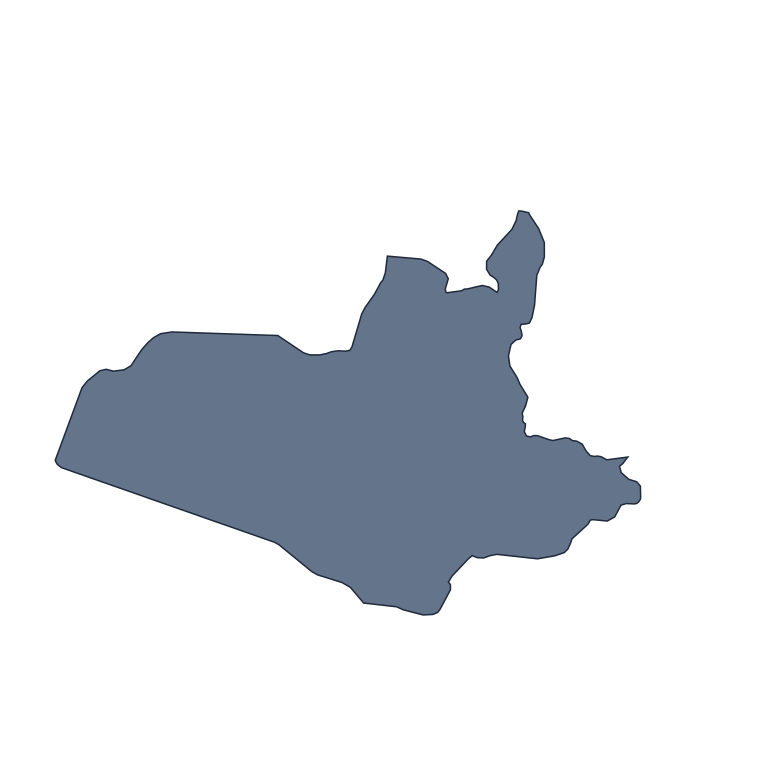 the Province of Esfahan, rotated 201°
{"feature_id": "IRN-3211", "entity_name": "Esfahan", "entity_type": "Province", "adm_level": 1, "iso_a3": "IRN", "parent_name": "Iran", "parent_adm1": "", "projection": "mercator", "projection_center": [51.611, 32.657], "detail": "fine", "context": "isolated", "style": "filled", "palette": "slate", "viewbox_px": 768, "rotation_deg": 201, "n_neighbors": 0, "source": "natural_earth", "source_scale": "10m", "svg_char_len": 2079}
<svg xmlns="http://www.w3.org/2000/svg" viewBox="0 0 768 768"><g transform="rotate(201 384 384)"><path d="M155.3,291.2L163.1,284.7L178.1,275.8L217.6,265.4L223.5,261.7L228.8,257.2L234.8,255.3L240.2,255.3L242.7,250.8L251.7,228.9L252.9,222.1L250.2,220.7L248.2,215.7L251.0,193.3L252.1,189.9L255.7,186.4L264.7,182.4L285.1,180.1L292.5,180.5L324.4,172.2L342.6,182.1L351.9,183.6L377.8,182.0L384.3,183.0L424.5,196.3L429.5,197.0L655.2,190.3L660.4,192.0L662.7,194.0L663.6,195.1L664.6,272.3L662.1,280.3L654.1,294.4L648.6,298.2L641.3,299.0L631.9,304.0L626.8,310.3L622.5,329.3L619.4,337.7L615.8,344.6L610.6,350.9L600.6,356.6L500.5,391.2L470.5,384.3L463.6,384.6L454.5,388.1L448.8,391.7L444.6,395.3L438.5,398.7L431.7,400.8L427.9,403.3L427.2,407.0L429.9,441.4L429.1,448.6L425.1,464.3L423.3,477.8L422.3,480.5L422.6,488.3L426.7,504.6L394.2,513.9L387.2,514.0L366.1,509.3L361.7,505.3L360.9,495.1L359.4,492.1L357.8,491.8L344.9,498.9L343.0,501.4L340.3,502.6L327.6,511.2L320.5,512.2L311.3,510.0L311.0,513.3L313.2,518.5L316.1,521.5L319.8,522.9L324.0,523.7L329.4,527.9L332.2,535.4L329.9,542.9L328.0,554.2L320.0,574.2L319.2,583.8L320.2,590.3L320.2,593.9L317.6,594.7L310.4,595.8L308.5,594.0L295.2,584.4L285.0,573.5L279.8,560.0L279.1,552.6L280.1,548.8L280.3,540.2L271.7,511.6L269.6,498.9L270.1,493.0L273.4,490.7L277.4,488.9L277.2,485.5L274.3,481.9L272.4,478.5L272.8,475.0L276.6,472.4L279.6,466.5L277.9,454.9L272.9,445.9L261.9,437.6L257.0,432.5L244.9,423.2L244.0,414.4L244.5,406.3L242.5,403.0L241.7,399.8L240.2,398.2L237.7,397.5L236.8,394.8L235.9,389.7L232.2,386.5L228.1,387.2L226.0,389.4L222.1,390.8L209.7,391.2L206.0,391.8L195.4,398.7L191.1,399.6L188.2,398.7L183.5,399.7L177.4,398.9L171.6,394.1L165.8,391.0L161.6,391.8L158.7,393.3L155.3,393.9L148.8,393.1L130.2,403.2L132.7,394.8L134.7,391.7L130.8,386.3L121.3,382.7L113.1,383.3L108.0,380.5L103.4,369.2L103.4,368.1L103.9,365.4L105.2,363.1L107.4,361.7L114.9,359.2L119.3,355.9L121.0,342.5L126.4,336.1L140.4,332.2L142.7,330.8L142.9,328.7L143.4,326.1L153.0,306.8L152.8,301.9L153.2,295.8L155.3,291.2Z" fill="#64748b" stroke="#1e293b" stroke-width="1.5"/></g></svg>